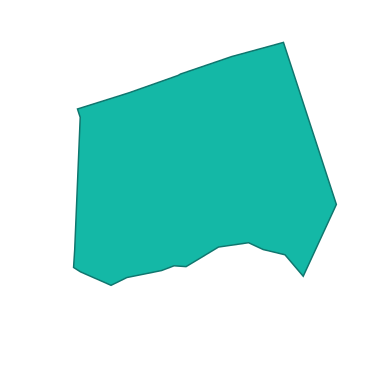 Cooper, Missouri, United States of America, rotated 160°
{"feature_id": "52423323B25598587831507", "entity_name": "Cooper", "entity_type": "district", "adm_level": 2, "iso_a3": "USA", "parent_name": "United States of America", "parent_adm1": "Missouri", "projection": "natural_earth1", "projection_center": [-92.772, 38.872], "detail": "fine", "context": "isolated", "style": "filled", "palette": "teal", "viewbox_px": 384, "rotation_deg": 160, "n_neighbors": 0, "source": "geoboundaries", "source_scale": "gbopen_adm2", "svg_char_len": 454}
<svg xmlns="http://www.w3.org/2000/svg" viewBox="0 0 384 384"><g transform="rotate(160 192 192)"><path d="M54.9,301.3L108.3,305.7L162.4,306.8L165.2,306.3L217.7,306.8L271.2,309.2L271.4,304.4L271.5,300.4L322.0,177.8L329.1,161.6L324.1,155.1L300.0,132.0L282.4,133.9L247.4,128.6L234.1,128.8L223.1,123.9L185.9,131.2L156.2,125.0L144.8,113.6L126.1,101.2L116.3,74.8L60.6,130.9L59.7,157.9L54.9,301.3Z" fill="#14b8a6" stroke="#0f766e" stroke-width="1.5"/></g></svg>